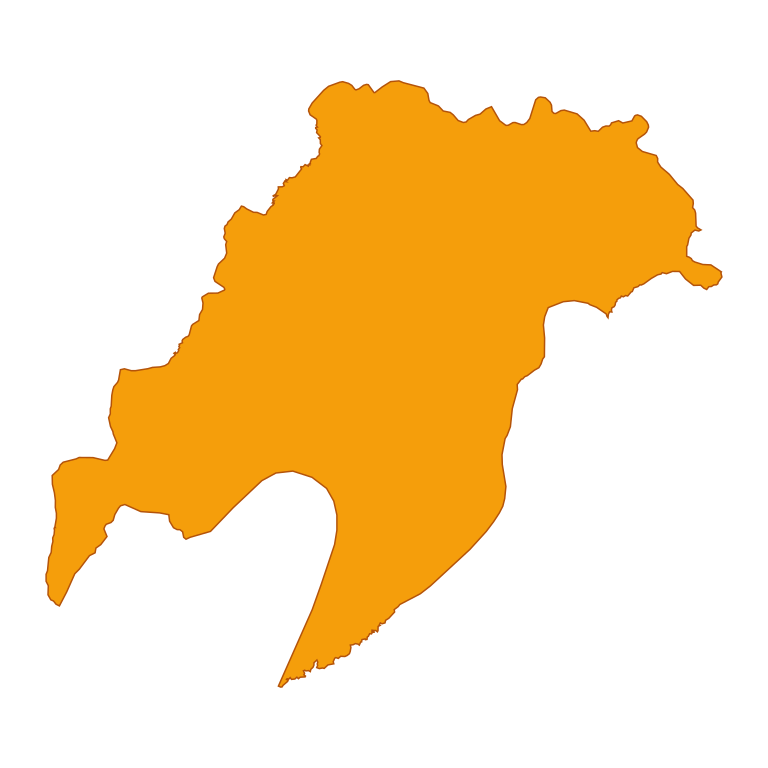 Kasy, Vientiane, Laos
{"feature_id": "54806243B33776683357165", "entity_name": "Kasy", "entity_type": "district", "adm_level": 2, "iso_a3": "LAO", "parent_name": "Laos", "parent_adm1": "Vientiane", "projection": "mercator", "projection_center": [102.146, 19.097], "detail": "fine", "context": "isolated", "style": "filled", "palette": "amber", "viewbox_px": 768, "rotation_deg": 0, "n_neighbors": 0, "source": "geoboundaries", "source_scale": "gbopen_adm2", "svg_char_len": 6069}
<svg xmlns="http://www.w3.org/2000/svg" viewBox="0 0 768 768"><path d="M430.5,585.8L469.9,549.4L486.2,531.5L493.6,521.7L499.3,513.0L502.8,506.2L504.7,498.6L505.9,486.5L502.3,464.6L502.0,454.7L505.1,438.6L507.1,435.4L510.4,426.7L512.3,408.6L517.5,389.7L517.2,384.5L521.4,379.1L522.6,379.0L524.7,376.7L527.4,375.6L534.4,370.2L538.9,367.7L541.1,363.9L542.7,359.0L544.4,356.8L544.6,338.0L543.4,325.0L544.7,316.7L548.2,307.6L563.3,301.7L574.3,300.6L588.1,303.3L589.7,304.6L596.6,307.3L606.2,313.9L607.0,316.4L608.0,317.7L608.4,314.3L609.6,311.8L611.9,312.0L611.4,310.0L611.9,307.8L614.1,306.7L615.1,305.1L615.6,302.3L616.9,301.2L616.9,299.9L618.7,298.3L620.4,297.8L621.3,296.1L623.4,296.8L625.6,295.5L627.7,296.0L631.1,292.0L632.3,291.5L633.9,287.8L638.0,286.6L639.8,284.9L641.3,285.0L643.9,283.8L651.2,278.5L657.6,274.8L661.1,274.0L662.2,272.6L666.5,273.7L672.5,271.4L679.6,271.5L685.5,279.0L693.6,285.4L700.7,285.2L703.8,288.1L706.7,289.5L708.8,286.7L711.4,286.5L713.7,285.0L716.5,284.8L717.8,283.8L718.2,282.1L721.9,277.0L720.9,272.7L721.4,271.9L710.9,264.9L702.8,264.5L694.8,262.0L692.4,260.6L691.3,258.6L689.2,257.2L686.7,256.3L686.7,246.5L687.6,245.0L688.9,238.3L691.0,235.0L691.2,233.0L694.9,230.1L698.8,231.0L701.0,229.9L697.6,227.9L696.1,226.1L695.6,213.1L694.7,210.0L692.6,207.6L693.3,203.5L693.0,200.1L682.8,188.5L677.7,184.5L669.3,174.3L660.8,167.0L657.6,162.0L657.7,158.5L656.2,155.5L642.4,151.5L637.5,147.6L636.2,142.8L636.8,140.7L637.9,138.8L644.7,134.0L646.6,132.0L648.6,127.2L648.3,125.0L646.7,121.7L641.4,116.3L637.5,114.9L635.7,115.3L634.6,116.0L631.9,120.9L622.8,123.0L618.6,120.7L611.5,122.9L610.6,124.8L609.1,126.1L605.9,126.0L602.5,127.2L598.3,131.3L594.7,130.7L590.8,131.2L584.1,120.2L577.1,113.9L564.3,110.1L560.9,110.6L555.8,113.5L553.8,113.3L552.0,111.4L551.5,105.2L550.1,102.3L545.3,97.8L540.5,97.0L538.4,97.4L535.7,99.8L529.8,118.5L526.8,122.5L523.9,124.5L521.4,124.6L515.1,122.5L512.9,122.6L508.2,125.3L505.9,125.4L499.6,120.7L491.5,106.7L485.9,109.0L480.1,114.1L475.5,115.4L468.4,119.5L466.1,122.0L463.3,122.5L458.1,120.5L453.3,114.9L450.2,112.4L443.2,111.0L438.5,106.0L430.2,102.6L429.0,100.4L427.8,93.5L423.9,88.1L403.3,82.7L399.0,80.9L390.6,81.6L382.1,87.0L374.9,92.6L374.0,92.6L368.3,84.7L366.6,84.4L363.6,85.3L359.0,88.8L356.0,89.9L354.9,89.4L351.8,85.4L348.6,83.4L342.7,81.7L339.8,82.2L328.6,86.3L323.7,90.3L312.2,103.0L308.8,108.9L308.6,111.0L310.1,114.8L316.3,119.1L316.9,120.4L316.8,124.2L316.1,125.1L317.5,127.1L315.7,127.5L315.7,128.4L317.1,129.9L316.6,132.6L320.4,136.7L320.3,137.4L318.7,137.9L320.3,139.7L320.4,143.5L321.9,145.6L319.4,149.2L319.1,152.3L319.6,154.0L318.7,155.9L317.7,156.3L316.3,158.4L311.4,159.3L310.2,162.5L310.4,163.7L309.4,163.8L309.7,164.9L308.2,164.9L308.2,166.1L305.1,164.6L303.2,166.7L300.9,166.7L300.8,167.8L301.6,168.9L295.3,176.9L292.0,177.8L289.4,177.6L287.5,180.2L286.0,179.6L286.2,180.5L285.3,180.8L286.4,181.7L284.6,181.5L283.3,183.4L284.3,185.7L282.3,186.8L278.3,186.9L278.4,189.0L276.4,193.0L275.5,194.5L273.2,195.7L273.4,196.3L276.1,195.4L277.5,195.7L272.9,199.3L272.9,200.8L274.2,201.0L272.4,202.8L274.1,202.9L274.2,203.7L273.0,204.3L273.2,205.1L270.9,206.7L267.2,211.4L266.2,214.4L263.5,215.0L257.1,212.4L253.5,212.3L246.7,208.9L243.7,206.7L241.4,206.1L239.2,209.7L234.8,212.9L231.3,219.1L228.1,221.9L227.0,224.6L225.0,226.1L224.3,228.5L225.2,233.2L223.8,236.9L224.3,238.7L226.7,241.5L225.7,244.7L226.7,253.1L224.6,258.2L218.5,264.0L217.2,266.6L213.6,277.7L215.0,281.4L224.0,287.4L224.8,289.3L224.4,290.1L217.8,293.1L208.4,293.2L202.3,296.9L201.8,298.0L203.0,303.0L202.5,309.5L199.6,314.5L198.9,320.5L192.7,324.4L191.5,325.9L189.2,334.8L188.0,336.4L185.7,337.2L182.7,339.5L182.1,340.9L182.5,342.7L179.1,344.3L179.5,345.3L178.9,346.6L179.7,347.7L178.3,349.5L178.7,350.6L177.5,352.7L175.9,353.3L175.4,352.3L173.9,353.3L175.2,354.7L174.6,355.6L171.1,358.3L168.4,363.5L164.8,365.7L160.2,366.9L152.5,367.4L147.9,368.7L135.4,370.7L131.3,370.7L124.4,368.8L120.4,369.7L118.6,380.0L117.6,382.3L113.9,386.6L112.8,390.0L111.8,395.4L111.2,406.2L110.3,408.7L110.3,413.9L108.6,417.7L110.5,426.5L112.9,431.6L113.3,434.0L116.9,442.8L114.6,448.7L107.7,460.1L105.0,460.4L93.0,457.6L79.1,457.5L76.1,458.9L63.2,462.2L60.2,465.0L58.6,469.5L52.2,475.5L52.4,484.3L54.4,492.7L55.4,500.4L55.3,507.4L56.4,513.2L56.4,518.2L54.9,526.9L55.3,527.6L54.5,527.6L54.1,528.7L54.5,529.9L54.1,534.5L52.7,538.0L52.9,541.5L51.7,546.3L51.2,552.4L48.8,557.5L47.5,570.8L46.1,574.3L46.1,581.3L48.3,585.7L48.0,594.8L50.8,599.8L53.5,601.0L56.0,604.2L59.4,605.9L66.7,591.9L74.8,573.7L79.3,569.2L89.5,555.6L95.1,552.8L95.9,548.1L100.8,544.6L107.0,536.5L103.9,528.9L104.9,526.2L106.2,524.3L111.0,522.5L113.2,520.3L114.8,514.6L118.5,508.2L120.5,505.8L124.9,504.5L140.8,511.6L159.6,512.9L168.8,514.7L169.6,521.2L173.5,527.7L177.1,529.6L180.0,529.7L182.6,531.8L183.7,537.3L186.0,539.2L190.1,537.3L210.5,531.4L233.2,507.7L261.9,480.6L275.9,473.0L292.8,471.1L312.0,477.3L326.6,488.4L333.8,501.1L336.9,515.0L336.9,530.2L334.6,544.5L321.2,584.5L312.2,609.7L278.4,686.1L280.7,687.1L282.1,686.9L283.0,685.4L287.6,681.4L288.2,680.0L286.5,679.5L287.0,678.8L289.0,678.9L290.2,677.6L291.5,679.4L294.9,679.0L296.9,677.2L298.4,678.7L300.2,677.2L305.1,676.9L305.5,676.1L303.9,674.8L304.6,673.3L303.4,670.8L304.7,670.2L305.9,670.9L308.5,670.6L310.3,671.6L310.8,669.4L313.0,667.3L313.9,665.2L314.0,662.7L316.9,660.0L317.8,662.2L317.2,664.0L317.7,665.2L316.7,667.6L319.3,668.6L322.5,668.0L324.2,668.4L328.0,664.9L333.8,663.8L333.2,661.7L334.7,658.3L335.8,657.6L338.3,658.4L340.7,656.3L344.9,656.5L347.1,655.5L349.4,653.7L350.2,651.5L350.9,647.5L350.3,645.1L353.2,644.7L355.3,643.6L358.0,644.1L359.3,645.1L360.7,642.0L361.6,641.9L361.9,639.6L365.1,638.9L365.4,639.7L367.0,639.4L367.3,637.0L368.4,636.3L369.6,633.7L371.5,633.9L371.9,633.3L372.0,630.2L372.9,630.3L373.3,632.3L374.1,632.2L373.7,630.5L375.8,630.5L377.4,631.8L378.0,630.6L378.1,626.4L380.1,625.4L379.3,624.9L380.3,622.9L382.0,623.8L385.0,622.9L385.6,620.3L388.8,618.3L394.6,612.0L394.2,609.6L398.2,606.6L399.8,604.5L420.4,593.7L430.5,585.8Z" fill="#f59e0b" stroke="#b45309" stroke-width="1.5"/></svg>